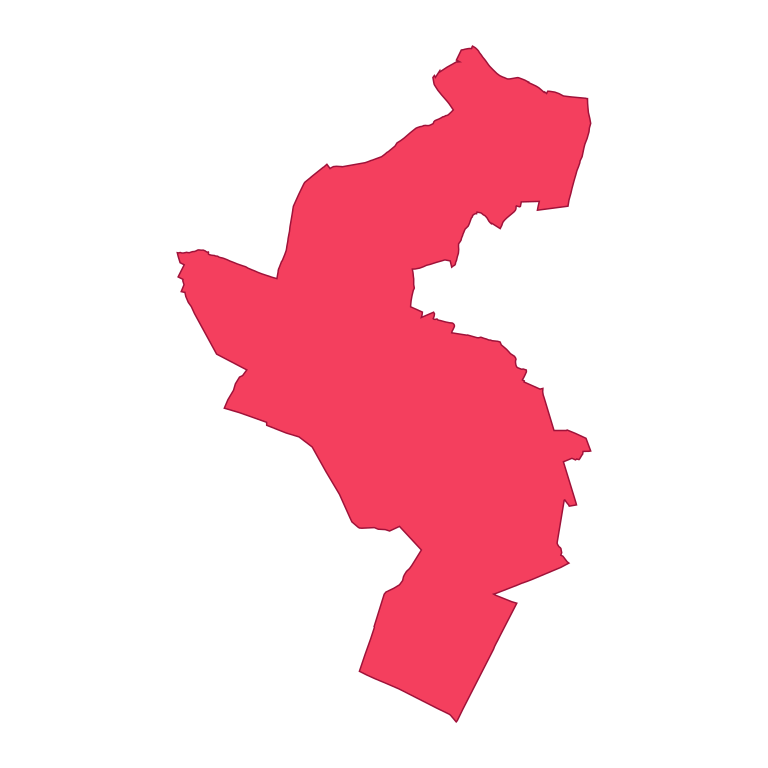 the district of Natívitas, Tlaxcala, Mexico
{"feature_id": "50627088B73576999314002", "entity_name": "Natívitas", "entity_type": "district", "adm_level": 2, "iso_a3": "MEX", "parent_name": "Mexico", "parent_adm1": "Tlaxcala", "projection": "albers", "projection_center": [-98.329, 19.231], "detail": "fine", "context": "isolated", "style": "filled", "palette": "rose", "viewbox_px": 768, "rotation_deg": 0, "n_neighbors": 0, "source": "geoboundaries", "source_scale": "gbopen_adm2", "svg_char_len": 6063}
<svg xmlns="http://www.w3.org/2000/svg" viewBox="0 0 768 768"><path d="M374.1,626.6L374.3,626.8L374.4,627.4L370.6,639.0L365.1,654.4L359.4,671.3L367.4,675.3L375.4,678.9L383.1,682.1L398.7,688.8L436.5,708.0L449.0,714.1L449.7,714.5L450.6,715.3L456.2,721.9L457.3,720.6L462.6,709.7L493.5,649.3L494.6,646.4L496.3,643.0L497.5,640.8L500.1,635.6L516.8,603.2L511.7,601.7L495.7,595.3L493.7,594.1L495.7,593.5L517.8,584.9L522.1,583.1L523.2,582.8L524.2,582.4L527.3,581.3L532.2,579.4L560.8,567.4L568.9,563.1L567.1,561.7L562.9,556.2L560.8,555.2L561.7,552.7L560.9,548.5L560.2,547.6L559.0,546.7L558.0,545.2L557.2,543.6L557.2,542.3L564.2,500.2L564.8,499.9L566.7,502.6L568.7,505.0L569.2,506.1L569.6,506.1L576.5,504.9L576.1,503.3L563.4,461.8L571.7,458.4L572.4,458.5L575.5,459.9L576.7,459.0L579.0,459.6L579.7,458.8L581.9,455.1L582.6,454.3L583.1,451.4L588.9,451.3L590.7,451.0L586.0,438.3L575.4,433.4L567.1,430.0L566.5,430.5L554.0,430.5L544.1,397.7L543.2,395.0L542.7,391.8L542.9,388.4L540.0,389.1L524.1,382.0L524.3,380.9L522.4,379.9L523.0,378.7L523.6,377.8L524.9,375.2L526.4,371.9L526.4,371.2L526.3,370.0L523.2,369.0L522.9,369.0L522.0,369.3L521.5,369.2L517.9,367.8L517.1,367.3L516.7,366.9L516.1,365.6L515.8,364.5L515.5,362.3L515.5,361.7L515.6,360.6L516.0,359.3L515.6,358.0L515.0,357.1L514.5,356.3L510.8,353.9L510.0,353.2L509.1,352.1L506.5,349.3L501.3,344.9L500.1,342.0L497.7,341.3L492.1,340.7L490.6,340.1L488.8,340.0L486.4,339.0L484.2,338.4L480.9,337.2L478.5,337.8L477.1,337.7L467.5,335.0L466.9,335.2L451.7,332.8L452.1,331.2L452.8,330.0L453.8,327.9L454.4,326.5L454.4,325.4L454.0,324.4L453.0,323.4L452.2,323.0L449.8,322.8L445.7,322.0L440.2,320.5L439.0,320.3L437.8,319.9L437.2,319.1L436.8,319.1L436.2,319.1L435.4,319.4L434.8,319.4L433.8,319.2L433.4,318.9L433.2,318.7L433.4,318.2L434.1,316.3L434.5,313.8L433.6,312.2L421.3,317.5L421.7,316.2L422.0,315.2L422.2,314.0L422.4,312.1L410.6,306.8L410.7,304.9L411.1,300.8L412.0,295.7L413.3,290.3L414.1,288.7L414.3,288.0L413.7,284.6L413.7,281.9L413.7,278.8L413.4,276.7L413.0,272.7L412.3,269.1L415.0,269.0L417.6,268.5L419.7,268.1L423.5,266.7L426.5,265.3L430.1,264.4L436.3,262.4L441.6,260.9L444.9,259.9L450.2,260.9L451.7,267.2L452.6,266.5L453.3,265.9L454.7,265.2L455.4,264.0L455.6,262.5L456.5,260.4L457.3,256.8L458.4,253.3L458.7,249.5L458.5,246.4L458.6,243.8L459.9,242.0L461.0,240.3L461.6,237.9L462.5,235.8L463.0,234.1L463.8,232.3L464.4,230.7L465.2,229.0L466.4,227.9L468.2,226.1L469.3,223.7L471.3,218.1L472.4,216.8L472.6,215.4L472.9,215.3L474.2,214.2L476.3,213.4L476.6,213.6L477.0,212.1L480.6,212.8L481.6,213.3L483.3,214.8L484.7,215.5L485.3,216.0L487.0,217.9L488.9,221.2L490.1,222.6L491.4,223.8L491.8,223.3L500.2,228.6L501.8,225.4L502.7,222.7L503.3,221.7L504.6,220.1L506.6,218.1L514.0,211.9L515.2,210.5L515.7,209.6L516.0,208.4L516.1,206.3L516.4,205.9L519.5,206.8L519.9,206.7L520.4,206.4L521.3,201.9L539.3,201.4L538.2,206.0L537.4,210.2L568.0,206.2L569.0,200.0L570.9,193.2L572.0,188.4L574.2,180.2L575.8,174.8L576.9,170.7L578.5,166.7L579.8,162.9L580.1,160.9L582.1,156.7L584.0,147.6L584.9,144.1L587.1,138.5L589.0,131.8L589.4,128.0L590.7,123.4L589.8,118.5L588.4,112.5L587.9,107.1L587.6,103.2L587.5,99.2L587.5,98.6L586.5,98.6L586.0,98.3L571.0,96.9L563.6,96.0L563.1,95.8L559.0,93.6L554.8,92.1L549.8,91.3L547.7,91.2L546.6,93.5L544.6,91.9L544.2,92.4L540.5,89.2L539.0,87.9L537.6,87.0L535.9,86.0L528.4,82.5L528.7,82.1L526.8,81.2L525.0,80.2L522.8,79.3L518.5,77.7L517.5,77.6L509.9,78.9L507.7,79.0L506.1,78.4L504.6,77.7L502.6,77.0L502.0,76.7L499.7,75.6L496.9,73.5L492.9,69.6L489.7,66.3L488.5,64.8L485.4,60.4L482.7,57.1L481.3,55.0L479.4,52.6L478.6,51.1L477.3,49.6L475.5,47.9L473.6,46.7L472.5,46.1L471.9,47.2L471.8,48.2L471.3,48.6L470.6,48.5L469.4,48.5L468.2,48.6L465.0,49.2L463.2,49.7L461.3,50.0L456.4,60.1L459.6,61.8L457.3,62.0L456.8,61.7L447.0,67.2L440.0,71.8L439.8,70.7L435.4,77.4L434.4,75.5L432.9,77.5L433.8,82.7L434.2,84.4L434.6,85.2L437.8,90.2L441.5,94.8L446.9,101.0L449.0,103.6L453.3,109.9L451.2,112.1L448.6,114.5L447.6,115.2L446.8,115.5L445.8,115.6L443.9,116.7L443.2,116.7L442.4,117.0L441.6,117.6L438.9,119.0L435.9,120.2L434.9,120.7L433.9,121.7L433.2,123.6L431.6,124.4L430.4,125.0L429.1,125.5L427.9,125.6L426.2,125.5L425.5,125.4L423.6,125.6L422.7,126.1L421.4,126.5L420.3,126.6L417.3,127.6L415.8,128.3L410.2,132.8L404.2,138.0L400.7,140.6L397.0,142.9L395.0,146.1L388.1,151.8L387.1,152.3L384.8,154.3L381.6,156.7L373.4,159.7L372.5,160.1L371.0,160.5L368.3,161.6L365.1,162.7L342.0,166.8L341.8,166.6L336.4,166.3L333.4,166.6L331.3,167.7L330.3,168.2L330.0,168.5L329.6,167.9L326.9,164.3L323.7,167.1L323.1,167.4L312.5,175.9L304.7,182.4L303.7,184.1L298.9,194.0L293.4,206.2L292.8,209.6L292.8,210.0L292.2,213.9L290.0,226.8L289.5,231.4L288.9,234.3L288.1,238.6L287.8,241.3L287.5,242.9L286.9,246.1L286.5,248.9L286.2,250.5L284.7,254.7L282.2,260.8L281.6,261.4L279.3,267.4L278.6,268.9L278.2,270.5L278.1,271.9L276.9,278.6L272.2,277.3L261.7,273.8L258.0,272.4L254.9,271.0L252.1,269.9L247.9,268.1L245.8,266.8L242.7,265.8L237.2,263.9L234.3,262.7L229.9,261.0L227.1,259.7L223.8,258.4L222.5,258.0L220.2,257.5L219.2,257.2L217.6,256.2L215.5,256.0L214.1,255.4L213.0,255.4L211.0,255.1L209.3,254.6L208.5,254.2L208.4,253.5L208.5,252.3L208.4,252.0L207.8,252.1L207.3,252.2L205.8,251.4L204.9,250.7L204.2,250.5L203.2,250.1L201.3,250.2L198.9,249.9L197.8,250.0L195.8,251.0L194.4,251.5L192.7,251.6L191.0,252.1L189.4,252.7L187.8,252.6L186.7,252.3L183.4,253.0L181.8,253.0L180.2,252.5L178.5,252.9L177.3,252.7L178.2,256.5L180.1,262.7L184.2,264.8L178.1,276.9L183.0,279.4L182.8,280.8L184.0,284.7L181.2,291.6L183.8,292.2L184.6,292.3L184.9,292.3L185.8,296.5L188.3,302.4L191.3,306.6L194.5,313.6L216.6,354.1L246.8,369.9L242.6,375.6L239.5,377.1L235.4,383.8L233.5,390.3L227.9,399.7L224.3,408.2L239.3,412.6L266.6,422.3L266.7,425.3L286.2,433.0L299.0,436.9L312.2,447.0L326.1,471.9L339.5,494.4L349.9,517.6L351.9,521.9L358.1,527.2L359.4,528.0L361.8,528.2L374.4,527.6L378.2,529.2L385.3,529.6L389.6,531.0L399.5,526.4L421.4,550.0L411.7,565.6L409.5,568.6L406.5,571.4L404.6,574.4L403.5,576.7L402.6,580.6L399.5,584.8L393.7,588.3L386.0,592.0L384.2,594.2L374.1,626.6Z" fill="#f43f5e" stroke="#9f1239" stroke-width="1.5"/></svg>